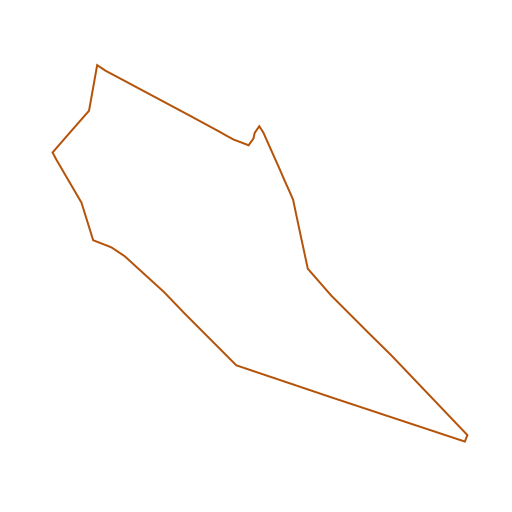 Retirolândia, Bahia, Brazil, rotated 84°
{"feature_id": "56859067B68715919074839", "entity_name": "Retirolândia", "entity_type": "district", "adm_level": 2, "iso_a3": "BRA", "parent_name": "Brazil", "parent_adm1": "Bahia", "projection": "orthographic", "projection_center": [-39.434, -11.487], "detail": "fine", "context": "isolated", "style": "outline", "palette": "amber", "viewbox_px": 512, "rotation_deg": 84, "n_neighbors": 0, "source": "geoboundaries", "source_scale": "gbopen_adm2", "svg_char_len": 662}
<svg xmlns="http://www.w3.org/2000/svg" viewBox="0 0 512 512"><g transform="rotate(84 256 256)"><path d="M462.4,67.7L456.2,64.5L369.6,131.3L343.8,152.5L303.5,185.1L274.1,205.8L237.0,209.8L212.1,212.4L204.1,213.2L197.3,215.3L184.5,219.5L170.5,223.9L163.8,226.1L134.0,235.8L127.3,239.2L133.5,244.5L138.8,246.2L145.1,251.8L137.8,266.2L133.2,272.9L129.3,278.3L114.5,299.9L111.4,304.4L59.3,381.4L56.0,386.3L49.6,394.0L94.1,406.9L118.8,433.6L131.8,447.5L139.5,444.4L184.7,424.0L223.3,416.3L226.7,409.7L232.3,398.9L242.5,386.6L265.0,366.6L282.3,351.2L306.0,332.8L362.7,287.0L404.9,194.9L428.1,143.6L462.4,67.7Z" fill="none" stroke="#b45309" stroke-width="2"/></g></svg>